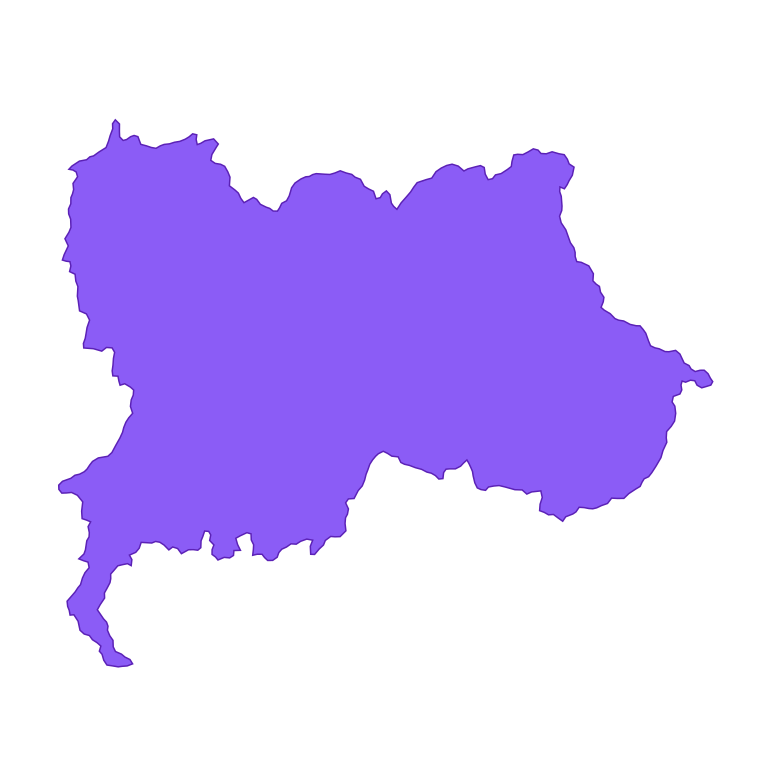 Pedra Branca, Ceará, Brazil, rotated 358°
{"feature_id": "56859067B74270575685273", "entity_name": "Pedra Branca", "entity_type": "district", "adm_level": 2, "iso_a3": "BRA", "parent_name": "Brazil", "parent_adm1": "Ceará", "projection": "robinson", "projection_center": [-39.867, -5.521], "detail": "fine", "context": "isolated", "style": "filled", "palette": "violet", "viewbox_px": 768, "rotation_deg": 358, "n_neighbors": 0, "source": "geoboundaries", "source_scale": "gbopen_adm2", "svg_char_len": 6071}
<svg xmlns="http://www.w3.org/2000/svg" viewBox="0 0 768 768"><g transform="rotate(358 384 384)"><path d="M124.7,110.6L121.8,114.4L121.8,119.5L119.0,126.2L117.2,131.7L114.5,138.0L107.2,142.2L101.7,145.9L98.0,146.7L94.6,149.5L87.4,150.6L79.7,155.3L76.6,158.4L80.6,159.3L83.8,161.4L85.0,166.2L80.2,172.7L80.6,178.9L79.3,183.2L77.6,186.8L77.3,193.0L74.8,198.1L74.8,203.0L76.6,208.3L76.6,216.6L74.4,221.4L70.2,227.7L73.3,235.0L68.9,243.5L66.9,248.9L70.7,250.2L74.4,250.8L75.2,255.1L73.7,260.7L79.1,263.5L79.6,270.4L81.5,276.0L80.6,285.6L81.3,289.9L82.3,300.3L89.1,303.6L92.0,309.9L89.2,317.2L88.1,322.8L87.0,328.0L85.0,333.0L85.2,337.5L94.9,338.6L103.1,341.3L107.9,337.8L113.5,338.4L115.9,342.9L114.5,349.0L113.8,355.7L112.8,361.4L113.3,366.4L118.4,366.9L119.2,372.0L120.2,376.0L124.9,374.7L130.4,378.2L133.6,381.3L133.0,386.4L130.8,391.1L129.8,397.6L131.8,404.5L127.7,408.9L124.7,413.2L122.4,418.4L121.0,423.2L118.1,428.9L113.7,436.1L109.7,443.0L105.5,446.6L95.9,447.9L90.0,451.2L87.0,454.8L84.3,458.6L81.4,461.2L76.6,463.5L71.9,464.4L67.8,467.3L59.3,470.0L55.4,473.7L55.4,478.0L58.2,481.8L62.7,481.8L68.0,481.5L73.7,484.5L78.8,491.3L77.4,500.5L77.6,508.0L81.9,509.6L86.0,511.5L83.3,516.2L84.3,522.3L83.9,526.5L81.5,530.3L79.8,539.4L78.2,543.4L72.9,548.1L77.5,550.1L82.0,551.7L82.9,557.3L78.6,562.1L75.9,567.3L73.7,573.9L71.0,576.9L68.0,581.1L64.3,585.1L59.7,590.0L60.1,595.3L61.5,599.2L62.2,604.0L66.0,603.8L70.0,610.4L71.6,619.5L75.6,623.4L80.8,625.1L83.7,629.4L88.2,632.5L91.9,636.0L90.2,641.1L92.8,644.3L94.3,650.3L97.3,655.2L102.7,656.2L108.5,657.4L112.6,657.0L117.5,656.8L123.0,654.9L120.5,650.5L115.5,647.8L112.2,644.8L106.3,642.0L104.2,637.2L104.2,630.7L101.2,626.1L99.0,620.4L99.7,616.4L98.4,612.3L95.5,608.9L89.6,599.6L92.8,594.4L97.3,588.2L97.3,583.1L100.0,578.6L103.2,573.0L104.1,569.1L104.2,564.4L107.9,560.5L111.6,556.4L116.5,555.4L121.4,554.6L125.0,556.7L125.9,550.7L123.6,546.1L130.0,543.6L133.6,539.6L135.8,533.8L141.0,534.3L146.4,534.8L150.2,533.4L154.4,534.3L158.5,537.2L163.2,542.3L167.1,539.5L172.0,541.2L175.6,546.5L182.9,542.8L187.8,542.9L192.1,543.6L195.2,541.2L195.7,534.3L197.6,530.1L199.6,524.7L203.7,525.2L205.6,528.8L204.3,534.3L208.4,538.9L206.4,543.6L206.2,548.3L209.6,551.0L211.9,554.1L218.2,551.7L223.7,552.4L227.6,550.1L228.2,545.2L234.7,545.2L232.1,539.4L230.5,533.0L235.0,530.7L241.8,527.8L245.9,529.1L245.9,535.2L248.1,540.1L247.7,544.6L246.8,550.6L251.3,549.7L256.2,549.9L258.6,553.3L261.6,556.3L266.6,556.4L271.2,553.4L273.0,548.8L276.1,545.5L280.9,543.5L285.5,540.5L290.7,541.0L295.2,538.3L301.4,536.3L307.3,537.6L304.7,543.6L304.8,551.6L308.7,551.9L313.5,546.6L317.9,542.8L319.9,538.3L325.4,534.5L329.7,535.0L334.8,535.0L340.8,529.4L340.2,522.0L340.9,516.3L342.9,512.9L344.1,507.6L341.5,501.4L344.4,497.6L350.1,497.4L354.5,489.6L358.7,485.1L361.3,479.3L362.9,473.7L364.9,469.1L367.0,463.7L369.9,459.5L373.1,455.9L375.9,453.5L380.9,451.2L385.2,453.5L389.3,456.4L395.6,457.3L398.1,463.0L401.6,464.9L406.5,466.2L412.4,468.7L418.6,470.6L423.7,473.5L428.2,474.8L432.2,477.3L435.5,480.9L439.6,480.6L440.5,474.6L443.0,471.3L446.6,471.1L452.4,471.3L457.7,468.8L460.6,465.9L464.2,462.8L466.2,466.6L467.9,470.6L469.4,474.6L469.9,478.9L471.3,485.9L473.6,491.1L477.2,492.9L481.8,493.8L484.8,490.6L490.1,489.8L495.5,489.5L501.3,491.1L511.1,494.2L518.4,494.7L522.9,499.0L527.8,497.0L531.9,496.7L537.0,496.3L538.2,502.9L535.8,509.6L535.1,516.0L539.7,517.9L543.9,520.5L548.8,520.3L553.5,524.1L557.8,527.4L561.0,523.0L568.2,520.5L571.4,518.5L574.7,514.0L579.7,514.5L584.5,515.6L588.3,516.0L592.2,515.2L597.1,513.1L603.2,511.2L607.5,506.0L613.0,506.5L619.7,506.7L624.8,502.1L632.0,497.7L636.4,495.3L638.5,491.1L640.7,487.8L645.2,485.9L648.5,482.0L652.9,475.7L658.2,467.3L660.5,460.2L664.6,452.1L664.2,447.7L664.8,441.4L669.6,436.3L673.1,431.2L674.5,423.5L673.9,416.3L671.3,412.0L672.7,406.5L679.4,404.3L681.4,400.3L680.8,395.4L682.0,391.5L685.5,392.7L690.4,390.9L694.7,391.6L696.8,396.1L701.4,398.9L705.8,397.8L710.6,396.5L712.6,393.1L710.4,389.6L708.2,385.0L704.5,381.4L700.4,381.3L695.4,382.4L691.4,379.7L689.6,376.3L684.7,373.5L680.8,364.4L676.6,360.6L669.8,361.7L666.0,361.4L660.2,358.4L656.0,357.3L651.7,355.1L649.9,350.3L647.4,342.4L644.9,338.6L641.9,334.8L638.1,334.6L632.0,333.0L625.8,329.4L620.7,328.4L617.1,326.7L612.6,321.7L606.7,317.9L603.6,315.0L606.0,309.5L606.8,305.0L603.6,299.8L602.7,294.0L599.5,291.6L596.4,288.2L597.1,281.1L592.8,273.1L585.4,269.3L580.9,268.4L579.5,263.3L579.6,259.1L578.5,254.4L575.2,249.3L571.1,236.3L566.7,229.1L565.3,222.4L567.7,216.8L568.1,212.4L567.7,202.6L566.3,197.9L566.7,193.2L571.1,195.2L574.0,191.2L576.1,187.2L579.5,182.0L581.5,173.9L576.7,170.5L575.1,165.8L572.1,161.1L566.9,160.0L560.1,157.8L554.2,159.6L548.9,159.1L546.1,155.6L541.4,154.2L536.1,157.1L530.8,159.6L525.5,159.1L521.7,159.6L519.7,166.0L518.8,171.1L514.7,174.0L508.4,177.8L502.7,178.9L499.6,182.6L495.2,183.4L492.5,177.8L491.7,171.1L488.0,169.1L483.1,170.1L475.4,171.9L471.3,173.9L465.8,168.8L459.7,166.7L454.2,167.8L448.7,170.2L443.4,173.6L438.9,179.9L433.4,181.2L424.2,183.9L420.6,188.3L417.3,193.0L412.8,197.9L407.4,203.6L403.0,209.9L399.8,206.8L397.7,203.5L396.5,195.0L393.1,191.1L389.1,193.9L386.8,197.6L382.5,198.6L380.2,191.0L375.4,188.5L371.1,185.7L367.6,178.6L362.3,176.3L359.1,173.4L353.6,171.8L347.7,169.4L342.3,171.4L337.3,172.7L332.3,172.3L323.6,171.4L320.1,172.2L316.6,174.0L313.0,174.2L308.1,176.2L302.1,180.0L298.5,184.7L297.1,189.0L295.8,192.8L293.0,197.5L288.1,199.9L285.8,204.3L283.5,207.5L279.3,207.3L275.9,204.5L272.5,203.2L266.7,200.1L263.2,195.0L260.0,193.0L250.4,197.9L247.4,193.5L245.1,188.1L241.9,185.0L236.4,180.5L237.3,171.9L235.3,166.5L232.4,160.9L228.4,158.7L222.9,157.6L218.7,154.4L220.0,148.7L224.6,141.6L226.8,138.4L222.3,133.1L213.6,134.7L209.2,137.1L205.7,138.2L204.8,133.1L205.6,128.4L201.5,127.3L197.8,130.2L193.9,132.4L188.4,134.4L183.0,135.1L178.0,136.5L172.6,136.9L168.7,138.2L164.4,140.5L159.7,139.5L154.9,137.7L149.3,136.0L146.7,128.2L142.9,126.9L139.4,128.0L135.3,130.7L131.8,131.5L128.4,127.7L128.4,122.3L128.7,114.9L124.7,110.6Z" fill="#8b5cf6" stroke="#5b21b6" stroke-width="1.5"/></g></svg>